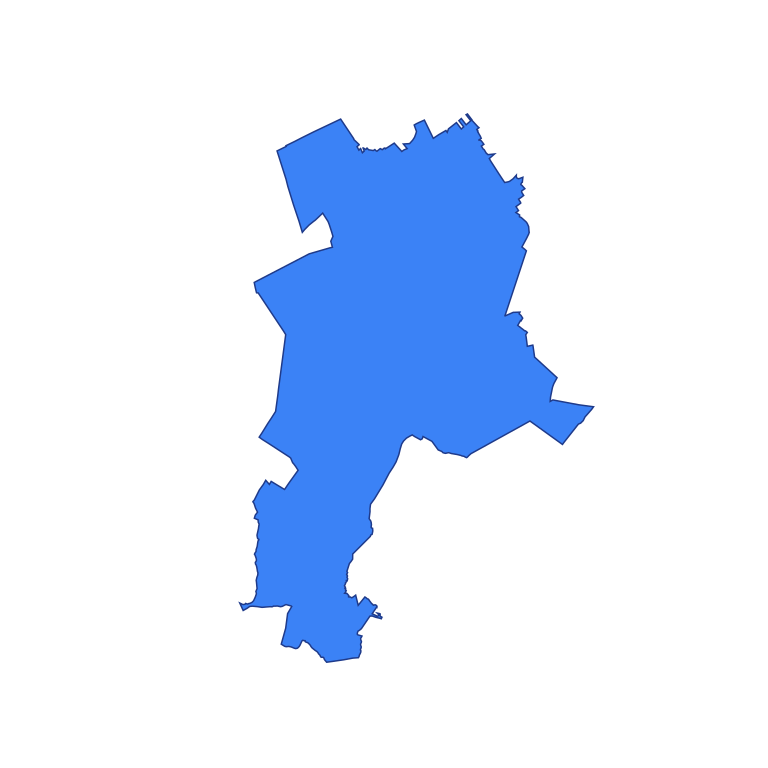 outline of Tolcayuca, Hidalgo, Mexico, rotated 206°
{"feature_id": "50627088B94352894601909", "entity_name": "Tolcayuca", "entity_type": "district", "adm_level": 2, "iso_a3": "MEX", "parent_name": "Mexico", "parent_adm1": "Hidalgo", "projection": "robinson", "projection_center": [-98.927, 19.964], "detail": "fine", "context": "isolated", "style": "filled", "palette": "blue", "viewbox_px": 768, "rotation_deg": 206, "n_neighbors": 0, "source": "geoboundaries", "source_scale": "gbopen_adm2", "svg_char_len": 6147}
<svg xmlns="http://www.w3.org/2000/svg" viewBox="0 0 768 768"><g transform="rotate(206 384 384)"><path d="M420.8,660.0L427.4,663.3L428.3,662.0L421.4,658.6L423.8,653.0L430.9,656.5L432.1,653.5L425.1,650.0L426.3,647.1L433.5,650.7L437.9,641.6L437.5,637.9L439.5,639.0L444.1,632.1L447.4,626.4L463.4,638.9L467.2,634.4L469.1,632.0L470.4,630.0L465.5,625.2L465.1,623.2L464.7,619.2L465.1,615.8L466.4,611.3L471.8,608.2L466.4,605.7L468.7,603.1L469.9,600.8L480.4,605.0L484.0,599.0L485.9,596.0L486.6,596.5L487.2,596.1L487.8,595.1L487.8,594.7L488.0,594.1L488.5,593.8L489.4,593.9L489.7,593.8L490.0,594.0L490.3,594.0L490.6,593.9L491.8,591.3L492.1,590.8L492.4,590.1L493.2,590.1L495.0,590.7L496.0,589.1L500.5,587.8L502.7,588.6L503.2,586.8L506.0,587.1L506.3,586.9L503.9,584.7L504.8,582.4L508.1,585.3L508.3,585.4L509.1,583.2L512.3,585.5L511.2,588.1L511.3,588.3L518.2,590.5L518.7,591.2L539.1,603.1L557.8,579.7L566.1,568.9L570.5,563.0L576.6,555.2L576.0,554.7L582.3,546.6L561.8,525.1L557.0,519.4L543.8,505.3L531.8,493.1L523.9,484.5L523.0,488.1L521.0,494.1L518.6,499.2L517.6,501.1L514.0,510.7L505.5,505.5L503.2,503.4L497.6,497.6L494.6,494.3L494.4,489.0L490.3,484.3L492.5,482.5L508.3,468.2L545.2,418.4L541.8,414.0L538.9,410.5L538.5,410.1L537.0,410.7L497.3,387.4L494.0,385.3L476.7,333.5L474.5,327.3L469.4,311.8L470.3,303.8L471.1,297.8L472.3,286.1L472.9,281.5L469.1,280.8L461.8,280.0L436.9,276.9L435.4,276.5L431.6,273.2L430.3,272.7L427.2,271.1L423.4,268.8L426.1,252.9L427.1,245.9L427.2,245.6L442.7,247.0L443.0,243.5L448.1,245.6L448.4,240.9L449.6,234.2L449.7,223.1L449.8,222.4L450.3,220.9L450.1,220.6L448.5,219.7L445.0,216.1L441.5,213.4L442.2,209.7L441.7,206.5L437.6,206.7L436.4,204.6L435.0,203.5L434.5,202.5L434.4,201.8L433.4,198.8L431.9,192.5L430.9,191.0L429.8,189.7L428.4,189.5L428.2,188.9L428.4,187.7L428.0,186.2L426.8,182.5L426.3,179.0L425.6,177.4L425.9,175.1L425.8,174.2L424.7,173.5L422.4,171.2L421.5,169.9L421.2,168.6L421.5,167.3L420.6,165.9L419.5,165.2L418.3,163.9L416.9,162.0L415.6,160.1L414.5,159.0L413.7,156.8L413.5,154.6L412.8,151.5L411.7,149.9L408.4,144.5L408.2,141.4L407.4,140.5L406.7,139.4L406.3,136.0L406.2,132.0L406.9,129.9L408.2,128.2L409.3,127.4L410.1,126.4L412.2,126.1L412.3,125.2L413.6,124.2L414.5,123.9L417.6,123.9L411.3,118.7L408.7,122.4L407.2,125.2L404.9,126.6L400.2,128.4L395.7,129.8L391.7,132.2L388.8,133.9L386.9,134.7L385.8,136.0L384.3,136.7L382.6,137.7L379.3,138.5L377.9,139.6L376.4,141.6L375.4,142.8L370.2,143.8L369.4,143.6L370.0,135.4L365.3,121.4L362.3,105.1L358.3,104.7L356.8,105.0L354.5,106.4L353.3,106.7L352.1,107.0L348.7,107.2L347.3,107.5L345.9,108.7L345.2,110.7L345.0,112.1L345.1,117.1L344.6,118.1L343.6,118.2L342.4,118.7L341.9,117.9L340.8,117.8L339.3,118.1L336.6,117.3L335.3,116.6L334.5,116.0L333.0,115.3L329.2,114.4L326.9,114.1L325.4,113.5L324.8,112.9L323.0,112.3L322.3,111.9L321.7,111.3L320.9,110.9L320.0,111.1L319.1,111.7L317.9,111.4L317.1,110.5L316.1,109.9L313.6,108.8L308.8,112.0L299.4,118.4L291.8,124.0L287.0,126.8L287.0,128.4L287.3,129.7L287.2,131.2L287.3,132.7L287.8,134.1L288.4,134.4L288.8,135.2L288.9,136.0L288.9,136.9L289.5,138.1L290.3,138.8L290.8,139.5L291.1,140.3L291.1,141.8L291.5,142.9L292.4,143.5L293.4,144.9L293.5,145.7L293.3,146.5L293.3,147.8L295.2,147.5L297.2,147.1L298.1,147.2L298.6,148.0L298.9,149.1L299.0,150.1L298.9,150.8L298.5,151.2L297.8,152.4L297.6,153.3L297.1,153.9L294.9,169.2L292.9,170.3L289.2,170.7L285.1,171.6L283.5,171.8L283.5,172.4L283.9,173.1L283.7,173.5L285.1,173.6L286.3,174.2L286.3,175.0L286.9,175.8L289.7,175.1L286.9,174.1L288.1,172.4L293.9,172.3L292.8,180.3L292.5,180.2L292.6,180.7L293.0,181.3L294.0,181.7L295.0,181.7L295.7,181.3L296.6,180.5L297.6,181.0L299.0,181.3L301.8,182.7L303.1,183.5L303.8,183.8L304.9,183.6L306.3,184.0L307.8,184.2L310.2,173.8L316.9,181.8L317.7,180.2L319.0,178.0L319.4,177.7L321.0,177.8L322.1,177.2L322.6,177.2L322.7,178.2L322.9,178.4L325.5,179.5L326.3,179.2L327.6,178.7L327.2,180.5L327.5,180.8L327.4,181.7L328.3,181.9L328.5,183.0L329.5,183.2L329.3,183.8L329.6,184.4L330.1,184.4L330.4,184.9L331.1,185.3L331.1,187.9L331.5,188.3L330.9,190.4L331.6,190.9L330.9,191.4L331.3,193.1L332.6,194.1L332.6,195.4L333.4,196.2L334.0,196.2L334.2,196.8L334.0,198.5L335.2,199.3L336.4,207.4L335.8,210.1L335.4,212.8L337.6,217.5L329.5,241.0L329.7,242.5L328.8,243.6L329.3,245.8L329.7,247.1L331.0,249.3L331.8,249.2L332.5,249.3L333.0,250.2L333.6,252.0L334.8,253.9L335.9,255.1L338.3,256.4L340.6,263.1L342.0,265.9L343.4,270.0L342.2,276.7L340.7,292.9L340.3,306.2L339.4,313.3L339.0,319.3L339.7,327.0L341.0,332.9L341.8,337.9L341.4,341.4L340.1,345.2L337.9,348.5L336.3,350.6L333.5,350.2L326.7,349.9L325.6,351.5L325.9,353.9L315.8,353.5L306.4,348.5L302.5,348.7L300.8,348.1L298.4,348.6L296.5,350.1L295.6,350.7L293.1,351.0L287.3,352.7L283.6,353.5L282.5,353.5L280.2,354.1L279.8,354.1L279.3,353.9L277.5,354.0L277.2,354.4L276.7,355.7L276.4,356.8L275.3,359.5L236.6,414.7L197.1,407.9L196.7,410.2L191.7,433.2L190.1,435.0L188.9,438.4L188.9,442.5L186.2,452.3L185.7,455.4L199.8,450.7L225.2,443.7L227.0,441.2L228.6,445.3L231.1,454.9L231.3,456.5L231.5,458.9L231.2,465.5L259.5,473.9L260.3,474.0L266.8,483.6L267.3,484.2L271.7,480.7L276.6,488.2L278.2,490.4L277.8,493.2L280.1,493.8L280.8,493.5L289.5,495.3L289.1,500.9L288.5,500.8L288.2,504.0L291.0,505.7L293.3,506.3L293.3,508.2L299.3,505.0L304.8,498.5L305.2,498.4L314.4,566.1L316.2,566.7L320.1,567.6L319.7,577.1L319.7,582.2L320.0,584.1L320.4,584.5L323.0,588.9L325.4,590.9L326.8,591.8L328.3,592.3L333.7,593.8L335.6,593.7L336.2,595.4L340.6,595.9L339.1,598.8L343.1,601.3L340.4,606.5L340.8,607.1L344.1,609.1L342.5,611.8L341.1,614.7L344.3,616.7L344.9,617.9L343.0,621.3L347.1,623.0L348.4,623.2L348.6,624.2L348.5,625.4L348.2,625.7L348.1,625.9L349.8,630.7L352.3,628.1L353.2,627.4L354.4,627.3L355.4,627.7L356.1,628.6L356.6,629.7L358.0,624.9L360.1,621.0L361.7,619.6L363.9,618.0L373.6,623.7L385.6,631.0L388.2,632.8L385.5,639.2L391.1,635.7L393.0,636.3L393.1,636.2L395.0,637.4L396.0,638.1L396.9,638.6L397.7,638.6L399.0,639.4L400.8,640.5L399.3,643.2L401.3,644.3L403.2,645.2L405.3,645.2L406.0,644.3L404.3,647.4L406.0,648.9L409.8,651.4L409.7,651.5L410.9,652.4L410.7,652.7L412.2,653.5L411.0,656.0L412.5,656.4L420.9,659.7L420.8,660.0Z" fill="#3b82f6" stroke="#1e3a8a" stroke-width="1.5"/></g></svg>